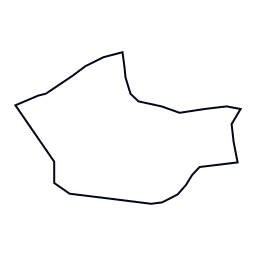 Sant Julià de Lòria, Natural Earth projection
{"feature_id": "AND-4882", "entity_name": "Sant Julià de Lòria", "entity_type": "state/province", "adm_level": 1, "iso_a3": "AND", "parent_name": "Andorra", "parent_adm1": "", "projection": "natural_earth1", "projection_center": [1.502, 42.473], "detail": "fine", "context": "isolated", "style": "outline", "palette": "ink", "viewbox_px": 256, "rotation_deg": 0, "n_neighbors": 0, "source": "natural_earth", "source_scale": "10m", "svg_char_len": 458}
<svg xmlns="http://www.w3.org/2000/svg" viewBox="0 0 256 256"><path d="M151.2,203.8L69.6,193.7L54.2,183.0L54.2,161.7L15.4,105.3L38.2,95.6L45.8,93.7L72.4,75.9L85.5,66.1L103.5,57.2L122.5,52.2L124.5,67.3L125.5,77.4L130.5,93.8L138.5,101.4L161.6,106.4L179.6,112.8L204.6,109.0L226.6,106.4L240.6,109.0L231.6,124.1L233.6,141.8L237.6,162.4L199.6,167.0L192.1,175.0L186.2,184.7L177.7,194.4L162.1,202.4L151.2,203.8Z" fill="none" stroke="#020617" stroke-width="2"/></svg>